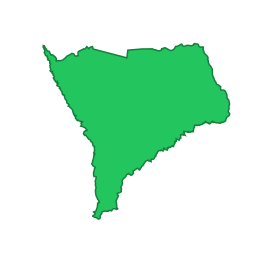 the district of Angonia, Tete, Mozambique, rotated 10°
{"feature_id": "85939544B12573256040215", "entity_name": "Angonia", "entity_type": "district", "adm_level": 2, "iso_a3": "MOZ", "parent_name": "Mozambique", "parent_adm1": "Tete", "projection": "mercator", "projection_center": [34.103, -14.769], "detail": "fine", "context": "isolated", "style": "filled", "palette": "green", "viewbox_px": 256, "rotation_deg": 10, "n_neighbors": 0, "source": "geoboundaries", "source_scale": "gbopen_adm2", "svg_char_len": 5794}
<svg xmlns="http://www.w3.org/2000/svg" viewBox="0 0 256 256"><g transform="rotate(10 128 128)"><path d="M218.4,107.2L218.5,106.6L218.8,106.3L220.4,106.0L220.6,105.6L221.6,105.3L222.9,103.9L223.0,101.9L223.4,100.1L225.1,98.8L225.7,97.2L225.5,96.0L224.1,94.9L223.8,94.1L224.2,91.5L224.1,90.7L223.6,90.1L223.5,88.8L223.9,87.8L223.9,87.0L223.6,86.0L223.1,85.2L222.9,84.1L221.9,82.4L220.8,82.0L220.0,80.1L219.6,78.1L217.3,74.7L215.8,74.1L212.9,74.5L212.1,72.8L212.2,71.6L211.9,71.1L209.5,69.9L208.1,69.7L207.2,68.9L206.5,67.5L204.9,66.0L204.1,64.3L202.0,61.2L200.9,55.7L198.4,52.5L196.9,51.5L195.4,48.6L195.3,47.3L194.4,46.6L194.7,45.1L194.4,44.5L193.1,43.1L190.2,41.2L189.5,39.5L188.2,37.7L188.3,36.1L188.1,35.3L187.0,35.2L186.3,35.7L184.3,35.7L183.8,35.4L182.8,33.6L182.0,33.2L180.4,33.4L179.1,33.2L178.2,33.9L178.2,35.0L177.4,35.2L176.7,35.8L175.7,36.1L173.3,36.1L171.9,36.3L169.1,37.9L167.9,37.7L166.4,36.1L165.8,36.2L162.9,38.7L160.7,39.5L160.0,41.6L159.2,42.9L157.7,43.9L156.8,44.3L155.7,44.2L151.0,42.6L149.8,42.6L148.7,44.0L148.0,43.7L147.4,44.0L147.2,45.7L144.8,46.7L143.7,46.8L142.8,46.4L140.7,46.2L139.6,46.4L138.7,45.8L128.6,47.6L114.3,51.4L114.7,59.1L80.0,56.3L79.2,54.5L78.7,54.0L76.5,55.2L75.4,56.7L73.4,55.0L71.6,58.0L70.5,57.8L65.8,61.4L65.7,62.5L66.4,65.5L65.4,65.7L64.1,66.5L62.6,65.6L61.9,64.5L59.9,64.2L56.7,67.0L55.6,67.6L53.5,70.7L52.7,71.3L52.0,72.5L49.6,73.5L47.4,73.8L45.8,74.5L45.6,74.4L45.5,72.5L44.5,71.0L41.2,69.1L40.5,69.0L39.8,69.5L39.2,69.5L37.1,66.2L35.3,66.2L34.5,65.4L34.1,64.5L33.0,64.1L31.3,61.5L30.3,61.5L30.4,63.2L31.4,64.2L32.0,65.4L32.6,65.9L32.7,67.5L32.4,68.3L33.4,69.1L33.9,70.5L34.9,71.2L35.6,71.1L36.2,71.7L36.1,72.2L36.4,72.5L36.4,73.0L37.3,73.5L37.4,74.2L37.0,74.6L37.1,74.8L39.4,75.5L39.5,77.2L39.9,78.0L40.5,78.1L40.7,78.3L40.2,80.0L40.6,80.8L40.6,81.5L41.7,83.5L41.9,84.8L41.8,85.0L41.4,84.9L41.3,85.0L42.0,85.8L43.9,85.5L44.0,86.0L43.4,86.6L43.5,87.0L44.6,87.8L45.2,87.8L45.0,88.8L46.0,89.6L46.6,90.4L46.5,91.1L45.8,91.4L46.1,92.4L46.9,92.8L47.1,93.5L48.2,93.7L48.2,94.4L48.5,95.1L49.3,95.0L50.1,96.0L50.5,95.0L50.7,95.8L51.5,96.1L51.2,97.2L50.7,97.7L50.6,98.5L53.8,99.8L54.2,100.5L53.8,101.1L54.6,101.3L54.9,102.0L56.1,103.2L57.0,104.5L57.4,106.0L58.3,106.7L58.6,106.2L58.9,106.2L59.8,107.3L59.9,108.0L61.2,110.6L62.5,111.4L63.0,112.2L63.0,112.8L63.4,113.9L65.8,115.0L65.3,116.8L66.2,116.7L67.2,117.8L68.5,118.4L70.2,119.8L70.9,121.5L71.4,121.9L71.3,122.7L72.4,123.4L72.2,124.1L72.7,124.4L73.3,125.4L73.7,125.6L74.1,124.8L74.7,124.9L74.4,126.3L74.6,127.6L75.6,128.1L75.8,128.7L77.0,129.5L77.7,128.9L78.7,129.5L82.1,129.7L82.1,130.2L81.1,130.6L80.9,131.0L80.9,131.6L81.8,132.7L81.1,134.4L83.5,134.6L86.0,135.3L88.0,137.3L87.9,137.7L87.3,137.7L86.6,138.0L85.3,139.6L85.4,140.3L85.1,141.0L85.4,141.9L86.7,142.8L87.0,142.3L87.5,142.4L90.2,144.6L90.6,145.4L91.6,146.0L92.7,146.1L93.6,147.7L95.4,148.3L95.6,149.4L96.2,150.0L96.3,150.8L97.0,151.8L98.3,152.1L98.4,152.8L98.2,153.4L98.9,155.1L98.8,156.6L99.1,157.4L98.5,158.6L98.9,159.1L99.7,159.0L99.9,159.7L99.7,160.3L99.1,160.4L99.3,163.9L99.0,165.6L98.9,168.3L98.5,169.7L100.6,171.7L102.0,172.1L102.7,172.7L102.0,173.8L102.2,174.8L101.8,178.0L102.3,180.5L103.0,181.7L104.9,181.4L105.4,182.6L104.9,186.1L105.5,187.4L105.8,189.8L106.9,192.2L106.7,195.3L107.2,196.6L107.3,197.7L108.6,200.7L109.7,202.0L110.2,203.2L112.1,204.7L112.2,205.4L111.9,205.8L112.6,206.4L111.1,207.4L111.5,209.0L111.3,209.7L111.6,211.1L111.0,213.6L111.1,214.6L110.3,216.3L109.4,216.1L108.7,216.7L110.3,217.9L110.4,219.1L108.8,220.2L108.7,221.0L110.7,221.7L112.6,221.8L114.5,222.8L115.2,222.7L116.3,221.5L115.8,219.5L116.3,218.0L117.0,217.1L117.0,215.1L119.8,213.7L120.9,213.8L123.2,213.3L123.8,212.4L126.1,212.5L126.4,212.3L126.5,211.2L127.7,210.1L129.2,209.7L130.7,210.2L131.7,209.7L131.8,209.0L131.0,208.7L130.5,207.9L130.4,206.2L129.8,205.2L129.9,204.4L128.8,202.0L130.4,196.5L129.5,195.6L128.8,194.2L131.2,193.0L132.5,191.8L132.0,190.4L132.2,189.3L131.1,187.2L131.9,185.9L132.1,183.3L131.3,181.0L132.6,178.0L133.3,177.6L134.3,176.2L134.6,174.6L135.1,174.0L136.6,172.7L137.1,173.3L138.2,173.4L139.1,174.1L140.1,173.5L140.8,172.2L141.3,171.7L140.5,169.6L144.3,166.0L146.4,167.0L146.5,167.3L146.9,167.1L147.1,166.4L146.9,165.7L147.6,165.1L148.2,163.3L148.9,162.8L149.2,162.5L149.2,161.9L149.8,161.5L149.7,160.8L151.4,157.4L153.5,156.1L154.1,156.8L154.9,156.6L155.3,157.0L156.0,156.9L156.6,157.1L156.3,155.7L156.3,154.6L158.3,154.4L158.8,154.0L159.6,151.8L159.5,151.1L160.4,150.7L160.3,149.4L160.6,148.3L161.1,148.0L160.9,147.2L162.4,144.8L163.7,144.8L163.9,144.2L164.3,144.1L166.5,144.6L166.9,143.3L166.4,142.0L166.7,141.7L167.2,141.7L168.1,142.6L170.4,143.0L170.7,142.4L170.1,140.8L170.3,140.7L171.3,140.8L171.7,139.7L172.2,139.6L172.7,139.9L174.1,138.7L174.7,137.8L175.2,137.9L175.7,138.5L176.0,138.4L176.3,136.0L176.9,134.7L176.2,133.4L176.6,133.2L177.2,133.4L178.0,132.5L177.5,131.9L177.6,130.8L177.4,130.3L180.1,131.0L180.6,131.0L180.8,129.2L181.8,128.7L181.3,127.2L181.1,125.4L182.0,125.5L182.9,124.9L183.6,125.4L184.8,125.1L185.4,125.2L184.5,124.2L184.5,123.5L184.1,123.4L183.4,122.4L183.6,121.6L184.0,121.5L184.7,121.9L185.2,121.6L186.3,121.5L186.9,121.3L187.2,121.8L187.8,121.3L188.0,121.7L188.6,121.7L189.0,121.5L189.0,121.1L190.4,121.2L190.9,120.6L193.0,120.2L192.5,119.5L192.8,119.2L192.9,117.7L192.7,117.0L193.4,115.6L193.0,115.0L193.2,113.7L194.0,113.8L194.7,113.2L195.6,113.6L196.0,113.2L196.6,113.2L197.3,112.7L198.0,113.0L198.9,112.1L200.6,111.4L201.1,110.8L201.2,110.2L202.0,110.1L202.2,109.6L202.9,109.4L202.7,108.6L203.2,108.4L203.3,108.1L204.4,108.9L205.1,109.1L205.7,108.9L206.1,109.3L206.4,109.1L206.7,109.6L207.4,109.8L208.5,109.1L209.1,107.6L209.5,107.6L209.7,107.1L210.1,107.3L210.3,106.8L211.2,107.7L212.1,107.2L213.4,107.5L218.4,107.2Z" fill="#22c55e" stroke="#15803d" stroke-width="1.5"/></g></svg>